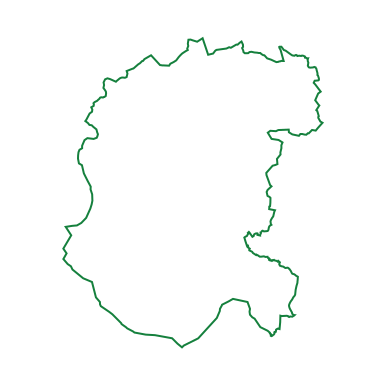 Igabi, Kaduna, Nigeria (Mercator projection), rotated 277°
{"feature_id": "59680162B83099166959131", "entity_name": "Igabi", "entity_type": "district", "adm_level": 2, "iso_a3": "NGA", "parent_name": "Nigeria", "parent_adm1": "Kaduna", "projection": "mercator", "projection_center": [7.565, 10.746], "detail": "fine", "context": "isolated", "style": "outline", "palette": "green", "viewbox_px": 384, "rotation_deg": 277, "n_neighbors": 0, "source": "geoboundaries", "source_scale": "gbopen_adm2", "svg_char_len": 5876}
<svg xmlns="http://www.w3.org/2000/svg" viewBox="0 0 384 384"><g transform="rotate(277 192 192)"><path d="M135.7,275.7L135.9,275.4L136.4,275.1L136.9,274.9L136.5,272.8L136.9,271.2L136.3,268.8L136.1,267.1L136.4,266.5L136.6,266.0L136.9,265.7L137.2,264.9L137.7,263.6L137.2,263.3L138.9,259.9L140.0,259.0L141.0,256.1L141.4,255.8L142.8,256.2L142.9,255.9L143.6,254.7L143.8,254.8L144.0,254.7L144.1,254.1L145.1,254.1L145.0,253.5L145.8,253.5L145.7,252.9L149.5,251.1L153.2,249.5L154.0,250.3L155.1,251.9L157.3,252.7L157.6,253.2L158.3,252.5L159.3,253.3L158.5,254.2L154.9,257.4L155.6,258.3L155.8,258.3L156.0,258.6L156.5,258.6L157.7,259.0L158.6,260.3L158.8,261.0L158.9,262.0L158.1,262.5L157.8,262.2L157.4,262.2L157.1,264.9L157.6,264.8L159.4,265.4L159.8,265.1L160.1,265.0L160.2,265.3L160.5,265.5L161.0,265.8L161.3,265.9L161.7,266.2L162.0,266.4L162.1,266.6L162.2,266.9L161.8,267.7L161.7,268.3L162.2,270.7L162.5,271.7L162.8,272.1L163.9,272.5L166.1,272.6L167.3,272.9L168.3,273.7L169.1,274.8L169.7,274.2L172.3,273.5L173.6,273.7L175.7,274.5L177.7,275.6L182.5,276.1L184.0,276.6L184.4,270.7L187.0,270.5L187.5,271.2L190.7,271.1L195.7,270.6L196.6,269.5L197.2,267.7L197.4,267.4L201.1,266.1L203.3,266.8L207.3,270.2L208.4,268.7L217.8,263.9L220.0,263.4L227.9,268.8L229.0,271.5L230.1,273.4L235.2,272.3L240.0,275.3L242.0,274.9L246.4,275.4L249.3,275.0L252.2,275.8L254.2,271.6L254.4,264.5L260.1,260.0L262.3,262.3L262.6,267.9L264.0,270.1L265.7,280.4L263.1,280.9L261.4,284.5L260.8,291.3L262.8,292.5L263.0,294.4L262.7,296.7L262.8,298.5L264.4,299.8L264.4,300.7L268.2,303.6L268.0,307.3L271.0,309.2L276.6,313.1L277.6,310.8L281.0,308.3L282.0,308.2L282.7,308.6L287.6,306.5L288.4,305.4L293.4,307.8L293.8,307.2L298.1,303.1L305.1,305.2L307.3,307.5L313.8,301.2L315.2,299.5L317.4,300.2L317.8,302.2L318.2,303.8L318.8,304.3L319.8,304.2L320.7,303.9L323.0,302.8L323.4,302.2L324.3,302.2L325.0,302.1L325.9,301.8L328.3,300.8L329.3,300.5L329.8,300.2L330.1,299.8L330.8,299.4L330.8,298.7L331.0,298.1L330.4,297.0L329.8,294.0L330.0,292.7L331.4,291.6L334.6,291.7L335.9,291.0L337.4,290.7L338.6,290.9L338.4,290.5L338.4,290.0L338.9,289.7L339.1,289.1L339.1,287.8L339.7,287.6L340.2,287.6L340.4,287.0L340.7,286.3L340.8,285.6L340.8,284.5L340.4,284.0L340.3,283.4L340.4,282.1L340.2,281.6L340.1,280.8L339.9,280.4L339.8,280.0L340.3,279.7L340.5,279.2L340.7,278.6L340.5,278.1L340.3,277.7L339.8,277.3L339.7,277.0L339.8,274.9L340.7,273.1L343.7,267.7L344.1,265.9L347.1,263.0L346.9,261.3L346.6,260.9L345.7,261.2L343.8,262.6L333.2,267.0L333.1,266.0L333.1,264.9L332.5,263.8L332.2,262.6L331.7,261.8L331.2,259.9L333.0,254.3L333.8,250.3L336.5,247.2L336.5,246.0L337.3,244.2L338.3,242.8L338.1,241.2L338.2,239.9L338.1,236.9L338.4,233.9L337.9,232.0L336.7,230.9L336.4,229.4L336.2,227.5L337.1,226.1L338.9,225.5L341.0,224.2L342.3,225.0L344.5,224.6L347.4,222.8L346.0,221.2L343.8,219.3L343.7,218.0L339.9,213.0L340.2,211.2L338.6,208.7L336.0,198.9L335.0,197.8L332.0,196.1L330.2,191.3L345.9,183.8L341.8,178.8L342.6,174.3L343.1,172.0L342.7,169.9L338.6,169.8L336.5,170.5L333.7,169.8L332.4,170.5L331.1,168.7L329.0,166.2L328.2,165.3L326.2,163.7L324.2,162.3L320.7,160.3L318.7,157.9L316.7,154.9L314.6,153.9L314.4,151.3L314.2,148.5L314.0,147.0L314.1,146.3L314.1,144.8L322.7,134.7L318.1,128.6L316.2,127.5L315.9,126.6L313.4,124.6L312.2,123.1L307.4,118.8L307.3,118.3L304.1,112.4L301.7,113.5L298.1,113.1L297.2,111.5L297.2,109.3L296.9,108.0L296.0,106.5L292.4,103.1L292.2,103.0L294.1,96.9L294.5,94.2L293.2,92.0L290.0,90.9L287.4,91.7L284.5,91.4L282.2,93.5L281.1,94.3L279.6,94.7L276.8,94.7L275.6,93.4L275.4,92.6L274.9,92.1L275.0,91.8L274.9,91.1L275.0,90.8L274.8,90.0L274.6,89.5L274.3,89.2L273.2,88.7L272.2,87.7L271.0,86.8L269.3,84.3L268.1,83.4L267.0,83.9L265.5,83.9L263.8,81.7L261.7,83.0L259.5,83.0L257.4,80.8L250.8,78.3L249.4,77.5L247.7,80.4L246.1,82.0L246.0,84.4L244.7,86.0L242.5,89.5L239.5,90.7L237.9,91.6L235.8,91.3L234.2,90.8L232.7,87.9L232.7,81.6L230.4,79.0L224.5,77.3L222.0,77.6L220.2,75.2L217.7,74.5L214.5,74.5L211.2,74.8L206.6,76.3L205.2,79.5L197.3,82.4L190.4,87.0L185.0,90.8L182.2,91.0L177.5,93.2L171.2,94.2L167.4,93.9L163.1,93.1L153.4,90.1L147.8,85.9L144.8,81.9L143.8,77.2L142.0,70.9L134.3,77.4L120.1,71.2L115.8,75.0L109.8,72.5L105.3,77.4L103.5,80.9L100.5,82.8L93.1,94.5L90.5,103.7L75.7,109.5L71.6,114.0L69.3,114.4L67.6,115.4L62.9,124.5L60.9,127.9L53.2,137.7L52.3,138.2L49.6,143.2L48.8,144.2L46.4,150.5L45.5,152.0L44.8,163.4L45.4,172.7L44.4,190.1L39.7,196.1L36.6,201.0L38.6,202.6L47.5,216.0L70.0,232.0L77.3,234.1L79.4,234.0L82.9,235.4L83.8,235.6L87.9,241.7L90.9,245.7L89.6,260.5L83.1,263.8L80.2,263.7L77.3,264.5L75.0,267.1L73.9,269.6L66.2,276.3L63.5,284.0L61.8,286.5L61.1,286.5L60.7,287.0L60.5,287.8L60.1,288.0L59.5,287.7L58.9,287.7L58.6,288.3L58.8,288.8L59.3,289.4L59.8,289.7L60.2,290.3L60.7,290.7L61.5,291.1L62.1,291.0L62.7,290.8L63.2,291.0L63.3,292.1L63.6,292.2L65.1,292.3L65.5,292.2L66.1,292.7L67.0,294.1L66.7,294.7L66.6,295.6L73.6,295.4L80.0,294.8L79.8,296.2L80.7,301.2L80.5,302.5L79.9,303.0L79.8,303.8L80.4,304.5L80.5,306.8L81.3,307.7L81.6,308.2L82.3,308.8L82.3,307.9L83.0,306.7L83.6,306.2L84.6,305.9L87.6,303.7L88.9,302.9L90.4,302.3L91.5,302.1L93.3,302.5L95.4,303.3L97.5,304.5L99.9,305.4L101.2,306.3L102.6,306.9L107.6,306.8L111.8,307.2L114.6,307.7L116.1,307.6L117.4,307.6L120.8,307.4L121.3,306.2L121.6,305.4L122.3,304.5L122.9,303.2L122.9,302.5L123.2,301.4L124.1,300.7L125.8,299.6L126.2,299.2L126.8,298.7L127.5,298.0L127.6,297.7L127.8,297.6L128.5,296.4L128.5,295.8L128.0,294.3L128.0,293.8L128.4,292.9L128.9,292.1L129.1,291.5L129.2,289.7L129.4,289.2L129.6,288.2L130.6,287.6L130.9,287.4L131.2,287.4L131.3,287.5L131.5,287.4L131.9,287.5L132.9,287.8L134.0,286.2L133.5,286.1L133.2,285.8L133.9,284.5L134.2,282.2L134.6,281.7L133.7,280.3L134.2,280.2L133.9,279.0L133.5,279.0L133.6,278.2L134.1,277.7L133.7,277.5L133.8,277.2L134.2,277.3L134.3,276.9L134.9,277.1L135.0,276.6L135.4,276.5L135.4,276.3L135.7,276.2L135.7,275.7Z" fill="none" stroke="#15803d" stroke-width="2"/></g></svg>